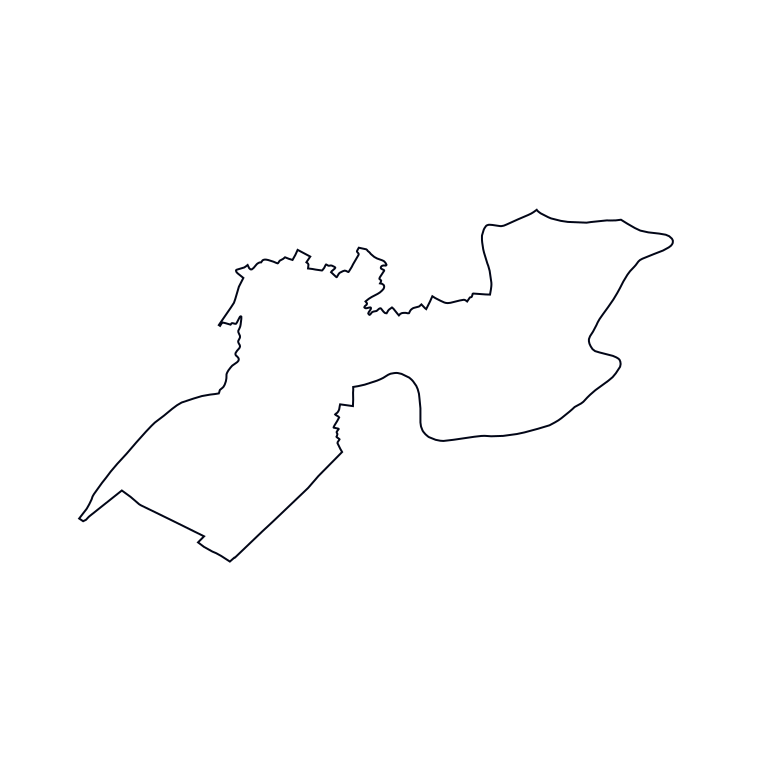 Truc Ninh, Nam Định, Vietnam (Robinson projection), rotated 34°
{"feature_id": "81297802B30905014988311", "entity_name": "Truc Ninh", "entity_type": "district", "adm_level": 2, "iso_a3": "VNM", "parent_name": "Vietnam", "parent_adm1": "Nam Định", "projection": "robinson", "projection_center": [106.231, 20.244], "detail": "fine", "context": "isolated", "style": "outline", "palette": "ink", "viewbox_px": 768, "rotation_deg": 34, "n_neighbors": 0, "source": "geoboundaries", "source_scale": "gbopen_adm2", "svg_char_len": 6153}
<svg xmlns="http://www.w3.org/2000/svg" viewBox="0 0 768 768"><g transform="rotate(34 384 384)"><path d="M472.9,391.3L488.4,377.2L493.8,372.6L496.4,370.7L502.1,367.4L511.8,360.4L522.1,351.2L527.5,345.6L536.6,335.1L544.3,325.7L547.1,320.4L548.9,316.6L550.2,313.1L553.2,303.3L554.2,299.6L554.9,296.5L558.3,289.9L559.2,287.3L560.1,281.5L560.9,277.6L562.7,270.9L568.1,256.0L569.7,250.5L570.2,245.5L570.1,237.7L569.0,235.1L567.4,233.3L565.7,232.2L564.2,231.9L561.8,232.0L558.0,232.7L545.1,237.3L540.6,238.7L537.4,238.5L534.3,237.2L531.8,235.7L530.0,234.0L528.8,232.2L528.1,229.2L528.0,223.8L527.2,216.4L526.7,213.5L526.4,209.6L526.5,203.8L526.8,195.0L526.9,185.7L526.5,178.1L526.0,172.6L525.1,165.2L524.7,157.3L524.9,152.9L525.9,146.9L526.2,144.7L526.4,140.2L526.9,138.1L528.2,135.6L535.0,125.5L540.7,117.3L543.7,111.5L544.6,108.8L544.7,107.1L544.6,106.0L544.1,104.8L543.2,103.5L541.4,102.5L537.8,102.0L534.1,102.7L528.1,105.4L518.3,110.5L510.7,113.5L504.8,114.4L496.4,115.0L488.6,115.3L484.7,118.7L480.5,121.7L477.2,123.8L465.0,134.0L461.7,137.0L445.8,146.8L439.3,149.9L429.9,153.3L426.8,153.9L418.5,154.9L415.7,154.8L413.9,154.5L413.2,154.2L411.9,157.8L410.7,160.4L409.0,163.3L403.0,172.6L396.4,183.3L394.8,185.7L393.0,187.5L391.9,188.2L384.8,191.6L382.7,192.8L381.7,193.5L380.9,194.5L380.4,195.3L380.2,196.2L380.2,198.9L380.4,200.3L382.2,206.1L382.9,207.2L384.6,209.7L386.3,211.8L390.8,216.7L393.4,219.1L402.3,226.3L404.3,227.7L408.3,231.1L416.3,239.9L417.4,241.4L418.4,243.1L419.7,245.7L421.9,250.6L418.2,252.9L407.4,259.1L407.1,259.6L407.8,261.8L407.9,263.0L406.9,264.1L406.8,264.4L406.8,269.1L404.8,269.0L403.8,269.2L403.0,269.6L400.2,272.3L393.7,279.5L391.6,281.3L389.9,282.2L388.4,282.7L384.2,283.4L378.4,284.1L375.0,284.2L376.0,289.8L377.1,298.3L375.6,298.2L370.5,297.1L369.9,299.6L369.6,300.3L366.8,303.5L365.8,304.7L365.2,306.1L364.8,307.4L364.8,309.2L365.1,310.9L365.1,311.3L364.3,312.0L362.4,312.8L360.6,314.0L359.3,315.1L358.3,316.7L358.0,318.8L356.1,318.3L349.7,316.3L347.8,316.1L346.6,319.4L346.4,320.7L346.6,323.9L345.4,324.5L344.9,324.6L343.0,324.3L339.3,323.1L338.6,323.3L338.1,323.9L337.8,324.5L337.0,327.6L334.7,329.9L334.2,330.8L333.9,331.3L333.7,334.1L333.2,334.8L332.3,334.7L331.5,334.3L331.2,333.2L331.2,329.5L330.8,328.4L330.4,328.1L329.8,328.2L329.0,328.9L327.3,330.8L326.3,331.5L325.6,331.6L324.9,331.5L324.7,331.1L324.6,330.3L325.2,328.1L325.1,327.2L324.9,326.8L324.5,326.5L322.5,325.9L323.7,322.0L325.1,318.8L328.3,312.9L329.4,310.4L330.1,307.7L330.4,305.5L330.2,304.2L329.9,303.6L329.5,302.9L328.9,302.4L328.3,302.1L326.4,302.0L324.5,302.8L324.4,301.6L323.9,300.0L323.0,299.6L321.6,299.5L321.2,299.1L320.9,297.9L320.8,290.0L320.3,289.6L317.8,289.9L316.9,289.9L316.5,289.6L316.2,289.1L316.0,288.3L316.2,287.4L316.7,286.6L317.7,285.7L319.2,284.9L319.5,284.3L319.4,283.8L318.1,283.0L316.7,282.5L315.1,282.2L313.2,282.5L308.1,283.8L304.9,284.1L302.1,283.8L300.4,283.6L298.4,283.0L296.2,282.8L294.8,282.3L293.9,282.3L286.9,285.1L287.2,288.6L287.5,289.3L288.1,289.6L289.3,289.9L290.2,290.3L290.6,290.9L290.7,291.3L291.4,302.0L291.8,305.1L292.0,310.6L291.9,311.0L291.5,311.2L289.2,311.5L288.0,312.0L286.8,313.5L285.2,316.4L285.0,317.0L284.9,318.2L285.1,321.7L285.0,321.9L284.5,322.0L277.6,320.9L277.6,319.7L278.6,316.0L278.6,314.9L278.3,314.7L277.9,314.6L276.7,314.7L274.7,315.0L273.7,315.4L272.2,316.8L271.3,317.1L269.4,317.2L269.1,317.4L269.1,318.5L269.5,321.1L269.3,324.1L269.1,324.6L263.3,327.4L260.3,328.7L256.4,330.7L254.7,327.4L253.9,326.8L253.3,326.6L251.6,326.5L251.6,319.6L237.4,321.1L238.3,326.4L238.8,332.3L235.2,333.4L231.1,334.3L230.4,336.7L228.6,340.1L228.6,342.9L228.4,343.4L227.2,343.8L224.0,344.4L218.6,346.0L216.5,346.9L215.5,347.6L214.9,348.2L214.2,349.3L214.1,351.9L213.2,352.5L212.5,353.4L211.8,354.8L211.5,355.9L211.0,360.7L210.3,362.9L209.5,363.5L209.1,363.6L207.5,363.4L204.4,361.6L203.7,363.8L203.0,365.5L198.0,371.6L197.8,372.0L197.8,372.6L198.6,373.4L199.4,373.8L200.8,374.1L208.1,374.7L209.3,384.5L213.2,396.8L214.2,400.6L214.3,406.1L214.1,427.5L215.6,427.5L215.5,424.9L215.8,423.6L216.0,423.2L218.6,422.2L223.6,420.6L223.7,418.9L223.9,418.7L224.5,418.2L226.8,417.4L227.3,417.1L227.6,416.8L227.7,415.5L227.0,409.4L227.0,408.7L227.4,408.0L227.7,407.9L228.1,408.0L229.3,409.8L232.0,415.1L232.7,416.9L233.1,418.9L233.4,421.2L233.8,421.9L234.4,422.6L237.6,424.6L238.4,425.6L238.7,426.5L239.1,429.8L239.4,430.4L240.0,431.0L240.8,431.5L242.8,432.5L243.7,433.5L244.0,434.7L244.0,435.4L243.6,438.5L243.6,440.9L243.7,441.5L244.1,442.3L244.8,442.9L245.5,443.2L246.8,443.3L248.6,443.8L249.4,444.3L250.0,445.1L250.3,446.2L250.1,447.9L247.9,453.7L247.6,456.1L247.4,459.6L247.5,461.3L247.7,462.8L248.0,464.0L250.1,467.3L251.4,470.2L252.3,473.6L252.5,476.1L252.2,477.6L251.3,480.6L251.4,481.2L252.0,482.9L252.3,484.2L249.3,487.0L245.8,490.0L239.8,495.8L234.3,502.5L226.6,512.5L224.3,517.3L222.3,523.0L219.3,533.2L215.6,544.1L214.6,548.8L213.3,556.6L211.3,571.1L209.6,585.6L207.5,599.4L206.4,609.4L206.0,617.0L205.5,623.6L205.1,637.5L205.3,640.3L206.1,643.1L206.9,648.6L207.3,653.6L206.5,666.0L211.3,666.0L212.9,663.2L213.4,659.9L213.7,658.5L226.2,618.9L237.2,619.3L248.2,620.6L250.3,620.5L282.9,615.9L320.0,610.9L318.4,619.3L325.8,619.7L335.4,618.9L339.5,618.1L345.2,617.6L355.5,617.4L357.0,611.7L357.3,611.7L357.5,611.3L365.5,574.4L368.9,559.8L379.2,512.7L381.1,496.9L387.3,463.8L384.2,462.3L378.6,459.1L378.3,458.6L378.1,458.1L378.1,454.8L377.8,454.6L374.5,454.5L374.1,454.3L374.0,453.4L373.5,451.8L373.2,451.4L371.9,450.7L371.5,450.0L371.6,446.7L371.0,446.6L366.7,448.3L366.5,448.2L366.4,448.0L366.1,445.9L365.9,440.9L365.5,436.8L364.3,436.5L361.1,436.7L360.5,436.5L360.8,435.3L361.3,434.0L361.4,432.4L361.1,430.3L359.5,426.7L359.0,425.4L370.6,419.7L367.2,414.2L363.2,408.5L361.8,406.1L360.1,403.7L363.8,400.2L368.4,395.3L376.3,385.2L378.4,382.0L379.9,379.4L382.3,374.0L383.7,371.8L386.3,369.3L387.9,368.0L389.3,367.2L392.9,365.8L401.4,364.6L404.6,365.0L406.6,365.5L411.8,367.5L414.8,369.4L418.4,372.5L421.2,375.8L427.8,383.8L435.7,395.5L438.4,398.5L442.1,401.1L443.6,401.7L446.5,402.5L449.7,402.9L451.0,402.9L458.0,401.4L462.3,399.6L465.1,398.0L472.9,391.3Z" fill="none" stroke="#020617" stroke-width="2"/></g></svg>